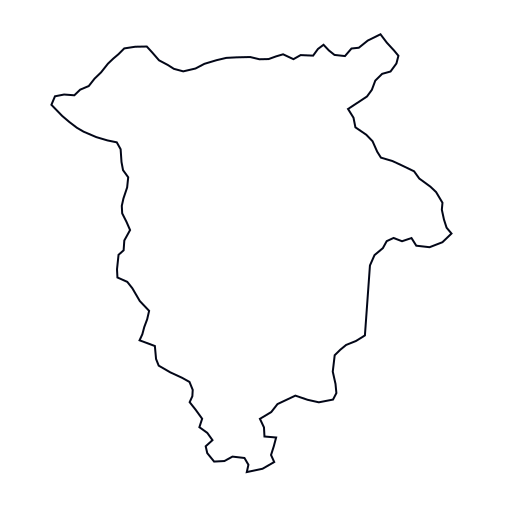 outline of Jandaia do Sul, Paraná, Brazil, rotated 267°
{"feature_id": "56859067B22052516626747", "entity_name": "Jandaia do Sul", "entity_type": "district", "adm_level": 2, "iso_a3": "BRA", "parent_name": "Brazil", "parent_adm1": "Paraná", "projection": "robinson", "projection_center": [-51.684, -23.629], "detail": "fine", "context": "isolated", "style": "outline", "palette": "ink", "viewbox_px": 512, "rotation_deg": 267, "n_neighbors": 0, "source": "geoboundaries", "source_scale": "gbopen_adm2", "svg_char_len": 1971}
<svg xmlns="http://www.w3.org/2000/svg" viewBox="0 0 512 512"><g transform="rotate(267 256 256)"><path d="M268.2,452.4L274.3,447.8L282.6,445.6L292.5,444.0L299.4,445.0L310.4,439.2L316.1,433.8L324.8,423.1L332.3,418.3L339.1,405.9L343.7,397.2L347.7,385.9L353.8,382.5L364.5,378.4L371.3,372.5L379.3,362.0L389.0,360.6L398.0,355.6L409.5,375.2L415.9,380.4L424.9,384.3L431.3,391.5L433.2,400.0L440.9,406.3L448.5,408.7L454.0,404.6L462.2,397.8L470.9,391.9L465.3,378.9L458.6,369.6L458.2,362.2L451.0,355.3L452.7,344.9L457.5,339.5L463.4,334.5L459.5,328.7L453.1,323.5L454.3,311.1L450.6,303.7L456.0,293.6L454.3,286.5L452.0,278.9L452.3,269.7L455.0,260.6L455.4,247.1L455.4,236.7L453.6,226.8L450.6,214.5L446.4,205.4L444.2,193.0L447.2,183.8L451.4,177.9L456.5,169.4L464.7,163.0L470.9,157.9L471.3,146.4L470.2,135.3L464.7,129.2L460.6,123.8L455.8,118.2L447.5,110.9L441.6,104.1L434.5,97.9L431.3,89.1L426.0,83.0L427.3,72.8L426.0,63.6L417.7,59.6L406.1,69.7L399.5,76.7L393.4,83.9L389.2,90.3L383.1,102.7L379.2,113.7L376.8,122.9L369.7,126.4L356.9,126.6L348.7,127.7L341.3,132.5L331.2,130.9L320.3,126.6L313.1,124.6L305.6,124.6L297.0,128.4L288.5,131.6L278.4,125.3L268.6,124.1L264.4,118.8L250.0,116.5L241.8,116.5L236.9,126.1L230.3,130.8L217.1,137.6L206.8,146.4L198.5,144.0L190.9,140.7L183.8,138.4L177.9,135.3L171.4,150.3L158.4,150.8L151.6,153.1L144.3,164.3L138.3,175.7L133.7,183.0L125.6,185.8L119.3,185.1L113.5,182.1L105.6,187.7L96.3,193.7L88.0,190.5L81.9,198.1L74.4,202.9L68.6,195.8L61.7,197.0L52.9,203.4L52.9,213.7L56.9,222.0L54.9,233.9L47.9,237.5L40.7,235.5L43.2,251.4L49.3,263.4L56.5,260.6L65.0,263.8L73.7,266.6L75.3,255.0L84.4,255.0L93.2,251.4L99.4,263.1L107.0,269.7L114.5,288.0L109.7,300.0L106.6,311.1L108.6,325.4L114.9,329.1L124.1,328.7L136.5,326.6L152.8,329.4L158.0,335.3L162.5,341.4L165.9,351.4L171.0,360.6L240.6,369.3L250.7,374.4L257.2,383.1L264.0,387.3L266.8,394.3L263.1,402.6L265.8,412.2L257.9,416.6L255.7,429.8L260.0,442.9L268.2,452.4Z" fill="none" stroke="#020617" stroke-width="2"/></g></svg>